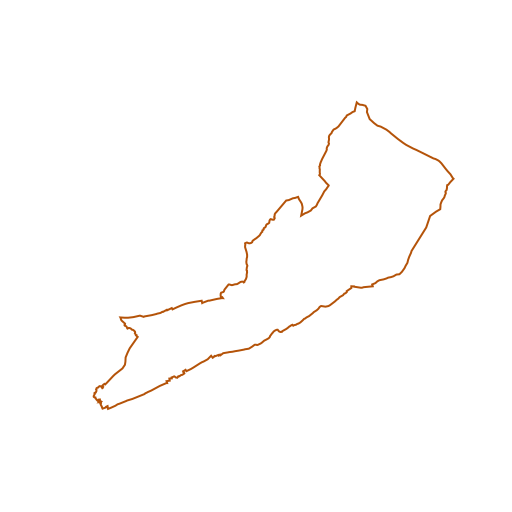 Madaras, Harghita, Romania (Mercator projection), rotated 151°
{"feature_id": "2599482B49810777823096", "entity_name": "Madaras", "entity_type": "district", "adm_level": 2, "iso_a3": "ROU", "parent_name": "Romania", "parent_adm1": "Harghita", "projection": "mercator", "projection_center": [25.698, 46.477], "detail": "fine", "context": "isolated", "style": "outline", "palette": "amber", "viewbox_px": 512, "rotation_deg": 151, "n_neighbors": 0, "source": "geoboundaries", "source_scale": "gbopen_adm2", "svg_char_len": 6084}
<svg xmlns="http://www.w3.org/2000/svg" viewBox="0 0 512 512"><g transform="rotate(151 256 256)"><path d="M93.4,341.5L97.1,337.6L99.5,334.8L101.8,335.1L104.2,334.8L108.5,334.9L109.8,333.9L111.0,333.7L121.1,329.3L123.4,328.9L125.0,328.8L126.1,329.0L127.2,328.8L129.4,327.7L130.3,326.9L132.9,326.1L134.0,325.4L134.7,324.5L135.2,323.3L135.8,322.3L137.5,320.3L137.7,318.9L138.8,317.9L140.5,317.2L141.9,316.0L142.5,314.7L143.7,313.7L151.1,308.8L154.1,306.5L155.7,305.0L156.1,304.1L157.2,303.6L157.4,302.8L157.9,302.0L158.1,301.0L159.7,298.3L160.3,296.7L161.5,296.0L159.5,288.0L159.3,286.3L158.2,282.5L158.7,282.1L160.3,281.4L162.2,280.4L165.0,279.4L168.6,277.0L176.8,272.2L177.7,271.4L179.6,270.3L183.5,270.3L186.0,269.2L189.8,269.2L192.5,269.6L196.9,269.4L192.7,274.4L191.8,275.8L191.3,277.1L190.6,279.6L190.6,281.5L190.8,284.2L190.8,285.5L190.6,286.5L190.5,287.3L193.5,287.8L195.8,288.6L200.2,289.0L202.7,289.9L216.4,284.7L218.5,284.0L219.4,283.4L220.4,281.9L220.7,281.8L221.2,281.3L221.3,281.1L221.2,280.2L221.3,280.0L222.7,279.1L223.1,279.2L223.3,279.5L223.6,279.7L224.1,279.8L225.2,281.1L225.7,281.1L226.1,281.0L227.0,280.4L228.4,278.6L229.8,278.4L231.0,278.5L231.8,278.3L232.9,277.4L233.2,277.0L234.0,276.6L235.3,276.6L236.0,276.3L236.4,275.5L236.9,275.3L238.0,275.3L238.8,274.1L239.7,274.0L241.3,273.2L242.3,272.5L243.5,272.1L247.1,271.4L248.7,271.3L251.2,271.0L251.8,270.8L252.7,269.9L254.1,269.8L255.5,270.2L256.4,270.9L257.3,272.1L257.7,272.3L259.4,272.4L259.9,271.0L260.6,270.2L261.3,268.9L262.3,264.1L263.2,261.3L264.3,259.4L265.3,258.4L266.6,256.5L267.3,255.6L268.1,253.6L268.1,252.8L268.3,251.6L269.4,250.6L271.1,248.3L271.1,247.8L271.0,247.5L271.6,246.5L271.6,246.2L273.4,244.0L273.9,242.9L274.6,242.0L275.9,240.8L278.7,239.2L278.8,238.9L279.5,238.8L279.6,239.3L279.9,239.9L280.8,240.4L282.1,240.8L285.2,240.6L286.2,240.6L288.3,241.5L290.7,242.0L291.4,242.3L292.6,243.5L293.5,244.3L294.0,244.3L299.8,241.9L301.4,240.5L302.1,240.4L304.3,240.8L305.1,240.2L306.0,238.8L306.7,236.8L305.5,236.4L305.4,235.2L305.7,235.4L306.5,235.8L311.0,237.4L318.6,239.6L319.5,240.1L324.9,240.9L325.9,240.9L325.2,243.2L331.8,245.6L338.2,247.7L341.3,248.4L345.1,249.0L350.3,249.5L354.9,249.8L354.9,251.3L360.1,251.6L360.1,252.2L364.5,252.2L364.7,252.5L365.5,252.6L366.9,252.5L367.5,252.6L370.5,253.5L371.0,253.5L375.8,254.8L383.1,257.3L383.7,257.2L386.4,260.1L392.9,262.0L398.0,264.1L400.5,265.5L404.4,268.0L404.4,267.5L404.9,265.8L404.8,264.5L403.3,260.3L403.6,259.9L404.5,259.4L404.6,259.0L404.4,258.4L403.9,258.0L403.5,257.1L403.5,256.3L403.7,255.1L403.6,254.8L402.2,254.8L401.4,254.2L400.8,253.4L400.5,252.7L400.3,251.8L399.6,251.2L399.1,250.5L398.5,248.6L398.7,247.8L399.4,247.2L399.3,246.3L399.4,245.5L399.0,244.9L399.4,244.7L398.7,242.6L411.2,236.5L415.2,233.7L419.2,230.5L421.5,226.8L423.4,224.4L427.3,222.4L436.7,220.9L439.0,220.3L448.3,217.3L450.2,216.8L450.5,217.6L451.7,217.5L453.5,217.0L453.1,215.6L453.8,215.2L454.1,214.9L454.5,214.9L454.6,216.7L455.6,217.9L456.4,218.0L457.9,217.5L458.4,217.7L459.5,217.7L460.5,216.8L460.3,216.5L460.3,216.4L461.2,215.1L461.5,215.0L462.3,214.3L462.7,214.2L463.0,214.5L463.4,214.5L463.8,214.4L463.8,214.0L464.0,213.4L465.6,212.4L466.1,211.8L466.2,211.4L466.0,211.0L465.0,210.1L465.4,209.3L465.2,208.7L465.1,207.6L464.7,206.1L464.6,205.9L463.9,206.0L463.3,206.7L462.1,206.2L462.3,205.7L463.5,205.0L462.7,205.0L461.9,203.7L462.8,203.5L463.7,203.7L463.9,203.7L464.0,203.6L463.7,203.2L462.9,202.8L462.8,202.6L463.1,202.2L463.9,201.4L463.9,199.3L463.8,199.1L464.1,198.4L464.2,196.9L460.5,196.3L460.2,196.8L458.6,196.7L459.5,194.0L456.4,193.6L451.5,193.2L449.0,193.4L447.0,193.0L439.8,192.1L438.9,192.1L433.4,190.9L420.4,189.3L419.4,189.6L417.7,189.4L417.1,189.5L412.9,189.1L403.1,189.0L396.0,188.3L395.3,187.9L395.1,188.6L394.9,189.9L391.9,188.8L391.2,190.8L389.0,189.8L388.7,190.7L387.3,190.5L385.9,190.4L385.5,189.8L385.1,188.7L383.9,187.7L382.9,188.2L382.4,188.2L382.3,188.4L381.8,188.3L381.8,188.0L380.7,188.0L379.3,188.2L378.0,187.8L375.7,188.0L375.8,189.3L375.5,189.3L375.6,190.5L374.0,190.5L372.8,190.6L372.7,189.0L367.8,188.7L364.8,188.8L356.7,189.3L354.3,189.3L353.2,189.1L348.3,189.1L343.6,190.5L343.2,188.0L341.6,188.2L341.3,188.5L340.5,188.6L340.1,188.1L336.9,187.7L336.8,186.9L335.3,187.2L335.2,186.4L331.8,186.9L327.0,185.2L326.2,185.0L323.1,183.7L320.2,182.8L317.2,181.7L311.7,179.9L311.0,179.8L307.2,178.4L303.3,178.6L300.2,179.0L299.0,178.4L298.2,177.6L297.5,177.4L294.4,177.2L293.2,177.3L289.8,178.0L287.8,177.9L284.9,177.9L283.6,178.3L283.0,178.6L282.6,179.1L279.3,180.6L278.5,180.8L277.2,181.4L275.5,181.6L274.0,181.5L273.3,181.3L272.8,181.0L272.5,179.2L272.3,178.7L271.5,177.7L270.1,177.1L269.6,177.5L265.0,177.5L263.2,177.7L260.8,178.2L260.3,178.1L258.9,178.3L257.5,178.2L257.2,177.4L257.2,177.0L256.0,177.0L254.5,176.5L252.7,176.6L251.7,176.3L249.4,176.4L246.3,177.1L244.4,177.7L243.3,177.5L241.7,177.8L238.7,177.7L234.0,178.5L232.8,178.9L229.2,179.1L227.0,179.6L225.0,180.6L223.3,180.7L219.8,178.0L216.9,177.1L215.2,177.1L209.0,178.0L206.6,178.6L204.7,178.8L202.8,179.5L198.9,179.5L198.0,179.9L196.9,180.3L195.8,180.0L194.0,180.5L193.7,181.3L188.1,181.8L187.3,183.3L185.0,181.9L185.1,181.6L179.8,177.5L178.8,176.9L176.9,176.5L168.6,172.9L168.2,174.8L164.7,174.4L162.2,175.0L159.8,175.0L155.8,173.7L152.7,173.1L150.9,173.0L148.2,172.1L145.6,171.6L142.2,171.7L139.4,170.5L136.1,171.4L132.1,173.3L129.7,175.0L126.9,176.6L124.9,178.8L122.3,181.1L118.9,183.6L117.5,185.0L93.3,198.4L84.3,206.6L77.0,207.5L72.2,207.6L70.9,209.5L69.6,211.7L67.9,213.2L66.2,214.5L63.8,215.5L62.5,216.3L61.6,217.3L59.7,218.7L59.4,219.2L59.4,219.8L59.2,220.0L59.0,220.6L58.0,221.1L57.3,221.3L56.7,222.0L56.4,222.5L56.1,222.7L55.8,223.1L55.6,223.7L54.4,225.3L53.4,225.1L50.3,226.4L45.8,227.8L46.1,228.8L46.3,233.1L47.3,237.3L47.9,240.6L48.9,247.2L49.7,250.0L50.4,251.4L52.0,253.8L53.5,255.3L64.3,271.0L66.4,273.7L70.8,280.4L72.5,283.7L75.1,289.4L78.6,298.1L79.0,299.5L80.7,303.3L84.2,308.7L86.6,311.1L88.3,315.0L90.2,320.6L89.2,328.1L87.4,330.6L87.4,334.3L89.7,336.6L91.8,338.0L92.7,339.5L93.4,341.5Z" fill="none" stroke="#b45309" stroke-width="2"/></g></svg>